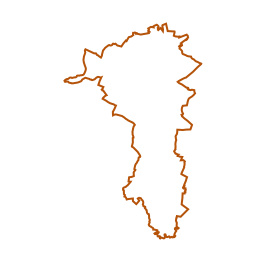 Ricaurte (Coloso), Sucre, Colombia, rotated 185°
{"feature_id": "7082276B22161740589779", "entity_name": "Ricaurte (Coloso)", "entity_type": "district", "adm_level": 2, "iso_a3": "COL", "parent_name": "Colombia", "parent_adm1": "Sucre", "projection": "albers", "projection_center": [-75.366, 9.541], "detail": "fine", "context": "isolated", "style": "outline", "palette": "amber", "viewbox_px": 256, "rotation_deg": 185, "n_neighbors": 0, "source": "geoboundaries", "source_scale": "gbopen_adm2", "svg_char_len": 5719}
<svg xmlns="http://www.w3.org/2000/svg" viewBox="0 0 256 256"><g transform="rotate(185 128 128)"><path d="M98.1,32.3L96.5,31.7L96.1,31.3L94.5,30.6L94.1,30.1L94.0,29.0L93.0,29.1L90.0,28.7L89.8,28.6L89.9,27.4L88.3,26.8L88.5,26.3L89.4,26.6L90.4,26.6L91.4,26.1L92.4,25.2L91.9,24.7L91.2,24.7L89.6,25.2L89.0,22.7L88.7,22.6L88.3,22.6L87.1,23.0L86.7,22.8L86.9,21.8L86.6,20.9L86.2,20.8L85.2,21.8L83.0,21.2L82.6,21.2L82.2,21.4L81.9,21.8L81.6,22.7L82.3,24.6L82.3,25.1L82.0,25.3L81.6,25.3L81.4,25.2L80.7,23.4L80.0,22.8L79.7,22.7L78.9,22.9L77.7,23.6L77.3,23.5L76.7,22.5L76.0,22.7L75.4,23.3L73.8,22.9L73.5,23.2L73.2,24.0L72.9,24.2L72.5,23.4L72.2,23.4L71.5,24.6L72.3,25.4L72.5,25.7L72.5,26.2L71.6,28.6L70.9,29.7L71.0,30.1L72.3,31.1L72.5,31.6L72.3,32.3L72.1,32.6L71.3,32.8L70.0,32.0L69.6,31.9L68.9,32.7L70.3,33.5L71.0,34.4L71.1,37.8L72.1,39.7L72.1,41.7L71.9,43.0L71.7,43.0L71.6,44.5L67.8,44.2L61.0,52.3L67.9,56.5L67.7,63.1L67.9,67.6L65.9,67.7L65.9,69.1L65.4,69.1L65.6,69.6L65.5,69.9L65.3,69.9L65.2,70.4L65.6,70.6L65.2,71.8L65.6,72.0L65.5,72.9L66.5,73.1L66.6,72.8L67.3,72.9L67.5,72.7L68.0,73.2L68.0,73.4L67.3,75.1L66.8,75.0L66.6,75.4L66.7,75.8L67.1,76.1L65.6,80.9L65.4,82.3L64.9,84.2L70.8,86.7L70.8,87.3L68.6,93.7L68.8,94.4L68.5,95.6L68.5,97.4L68.8,98.4L68.4,99.6L70.0,100.8L72.5,100.4L71.4,103.9L73.7,103.9L75.2,104.4L76.2,104.4L76.2,105.3L75.6,105.9L76.7,106.0L77.4,106.6L78.3,106.5L79.2,107.6L80.0,108.9L78.8,111.0L79.0,111.3L79.0,113.6L79.4,116.1L79.3,118.6L78.9,120.1L79.2,121.1L79.4,121.5L79.5,122.5L79.9,123.9L78.7,126.5L78.6,127.5L78.7,130.6L73.1,130.8L70.3,131.4L65.7,132.0L65.3,133.4L64.5,136.7L69.4,140.4L72.6,142.4L75.2,144.4L75.8,145.8L74.7,146.1L74.4,147.1L75.1,148.1L75.6,149.1L76.0,150.4L76.1,151.9L75.9,153.3L75.3,154.9L71.3,155.7L70.7,160.2L70.4,161.5L69.9,162.6L69.7,162.9L67.0,165.0L65.5,166.6L64.2,168.4L64.9,169.5L65.3,171.5L67.8,171.7L68.7,171.2L69.5,171.2L71.2,171.5L71.7,171.9L71.3,172.6L71.6,173.2L72.0,173.3L73.1,173.2L78.3,176.2L80.9,177.1L82.5,178.3L81.4,179.3L77.6,181.8L75.5,183.0L74.7,183.2L68.2,189.6L63.6,195.1L60.8,198.0L60.6,198.4L60.8,198.6L62.5,199.0L64.2,199.8L66.0,200.3L67.4,201.2L68.4,202.1L69.6,202.5L70.5,203.0L71.1,203.8L71.4,204.6L74.1,204.7L75.3,204.9L76.9,205.6L79.9,206.5L80.6,207.6L80.7,208.9L80.9,209.4L81.9,210.5L83.6,211.6L83.6,213.1L84.2,213.8L83.1,215.0L82.5,214.1L81.4,215.0L81.9,216.6L82.6,217.1L78.0,221.2L77.8,220.9L77.7,221.0L77.5,220.9L77.0,221.4L77.4,221.8L76.1,223.2L76.2,223.3L76.4,224.7L76.6,225.2L77.2,225.5L77.7,226.1L84.8,222.6L84.8,223.6L86.0,223.3L88.9,223.4L90.4,223.9L89.9,227.7L90.1,228.2L96.9,228.0L99.2,235.2L102.3,233.6L102.7,233.2L102.7,232.8L101.7,229.3L101.7,227.5L104.2,230.4L106.4,228.2L106.8,228.6L106.7,229.3L107.1,230.3L106.9,230.5L106.3,230.6L106.5,231.9L107.3,232.7L108.2,233.3L108.7,233.3L109.1,232.9L110.6,232.2L111.7,231.3L111.3,230.5L114.0,230.7L116.5,228.9L115.7,227.8L116.3,226.6L115.8,226.2L115.2,226.0L114.9,225.7L115.9,225.1L115.6,224.3L123.4,222.2L127.3,222.7L127.5,223.3L127.8,223.3L128.3,222.6L129.3,223.7L129.7,223.7L130.6,223.2L131.2,223.2L131.2,222.0L130.8,221.1L132.6,219.5L135.2,218.5L137.0,214.5L137.7,215.0L140.0,211.8L141.7,208.6L145.9,209.3L147.8,210.9L148.8,210.4L149.9,210.7L150.3,210.7L150.6,210.4L150.8,209.7L151.1,209.3L152.2,208.7L153.2,208.7L153.8,209.0L154.6,208.7L157.2,206.4L158.1,205.4L158.5,204.6L159.6,203.1L160.3,198.9L160.3,197.8L161.1,195.8L163.2,197.0L164.3,197.8L165.3,198.1L166.3,199.5L166.7,199.6L167.3,199.4L169.1,199.6L169.5,199.9L177.2,202.7L177.6,201.9L177.7,201.2L177.2,199.8L177.2,199.0L178.1,195.5L178.3,192.1L177.9,190.1L177.3,188.5L176.0,185.5L175.5,184.6L175.1,183.1L175.3,181.5L176.0,179.2L176.8,177.5L177.2,177.1L178.8,176.5L180.0,176.4L180.7,176.0L183.0,175.8L183.4,175.5L183.8,174.4L184.6,173.9L186.5,173.6L187.6,173.1L188.3,173.0L189.1,173.3L190.0,173.2L190.6,172.9L191.9,171.7L192.9,171.5L193.8,171.1L194.9,170.2L195.4,169.6L195.0,168.8L194.7,168.5L192.9,169.0L191.9,169.0L191.6,168.9L191.3,168.5L190.8,168.1L189.6,167.9L188.5,167.8L188.5,167.7L188.0,167.6L186.7,167.7L181.8,169.0L179.0,170.4L178.5,170.9L177.8,172.3L175.1,174.2L174.8,174.3L170.7,173.5L170.0,173.0L168.9,173.1L168.5,172.7L168.1,172.6L167.4,172.7L165.7,173.5L165.1,174.0L164.4,174.9L162.9,176.1L162.4,176.3L161.8,176.3L159.4,175.9L159.0,176.1L160.3,172.4L161.3,168.3L156.1,166.7L156.9,164.6L157.5,164.0L156.8,163.2L156.1,163.2L155.9,163.1L152.2,158.8L152.9,158.5L153.6,157.9L155.2,156.1L155.6,155.5L155.8,154.9L152.2,153.3L150.0,152.0L147.9,151.1L144.3,150.3L142.7,149.4L142.0,149.3L143.3,145.4L144.5,142.7L144.0,139.3L142.8,140.1L141.6,140.4L140.5,140.4L135.0,139.4L132.4,138.0L131.1,137.0L130.0,136.5L128.3,135.5L123.8,133.8L122.9,133.2L121.8,132.1L121.5,131.7L122.5,130.0L122.9,127.7L123.2,124.6L122.8,121.7L121.7,119.3L121.7,118.8L122.4,118.4L121.9,114.0L122.5,110.2L122.5,109.8L121.0,109.1L116.2,105.0L113.6,101.6L113.3,100.6L113.4,100.3L114.6,99.7L114.8,99.4L114.9,96.8L115.7,95.6L116.2,94.1L117.1,92.8L117.6,91.4L118.1,87.6L117.0,86.9L118.3,84.7L118.5,84.3L118.0,80.6L120.1,79.6L122.3,79.1L122.6,79.0L122.8,74.8L121.6,74.6L120.7,74.7L120.8,74.5L123.5,70.7L124.2,70.2L125.1,69.2L126.9,68.3L127.3,67.9L127.6,67.6L127.6,67.0L127.5,65.9L126.7,65.5L126.3,61.8L125.2,60.9L125.6,59.4L124.6,59.1L124.0,58.5L123.3,57.5L123.2,56.9L123.1,56.7L121.3,57.3L117.0,58.2L116.7,55.6L113.1,52.9L110.4,56.6L111.2,57.4L112.1,58.6L110.9,59.4L109.2,59.2L108.0,57.7L107.1,57.0L106.6,56.2L106.3,55.1L106.3,54.1L106.6,53.3L106.2,52.8L105.9,51.6L105.4,51.3L104.8,51.3L104.0,51.0L103.9,50.5L104.2,50.1L104.2,49.6L103.5,49.1L103.0,48.2L102.3,47.8L101.8,45.6L101.3,44.7L100.8,44.2L99.8,44.0L99.7,43.6L99.3,42.2L99.2,40.4L99.0,39.8L98.3,38.5L98.3,37.6L98.6,36.6L98.2,36.0L98.9,33.4L98.1,32.3Z" fill="none" stroke="#b45309" stroke-width="2"/></g></svg>